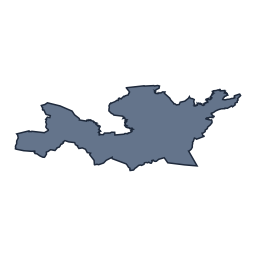 Bunkas pag., Priekules, Latvia (Robinson projection)
{"feature_id": "27541924B56960431144298", "entity_name": "Bunkas pag.", "entity_type": "district", "adm_level": 2, "iso_a3": "LVA", "parent_name": "Latvia", "parent_adm1": "Priekules", "projection": "robinson", "projection_center": [21.538, 56.525], "detail": "fine", "context": "isolated", "style": "filled", "palette": "slate", "viewbox_px": 256, "rotation_deg": 0, "n_neighbors": 0, "source": "geoboundaries", "source_scale": "gbopen_adm2", "svg_char_len": 5859}
<svg xmlns="http://www.w3.org/2000/svg" viewBox="0 0 256 256"><path d="M42.8,157.2L44.3,157.3L44.8,156.9L46.5,154.1L46.3,152.5L46.4,152.0L47.8,151.6L50.6,149.7L55.0,150.5L57.0,148.2L57.1,147.7L59.1,147.2L60.2,145.8L60.8,144.3L62.0,144.1L62.3,143.3L63.3,143.1L63.5,142.5L63.2,142.0L64.9,140.6L68.8,141.9L74.7,142.6L75.4,144.7L77.4,145.7L77.2,145.9L78.9,148.5L82.3,147.9L85.8,149.4L85.6,149.4L87.3,152.6L90.6,153.2L89.7,154.7L94.1,160.4L94.4,164.6L94.6,164.8L97.0,164.3L98.6,164.7L103.6,163.0L106.2,160.3L112.1,157.3L112.1,158.5L112.3,158.7L126.0,163.8L126.9,164.7L128.6,167.4L129.9,168.2L130.0,169.2L129.8,169.5L130.1,170.5L131.1,170.4L133.6,170.0L135.0,168.3L136.3,167.5L138.8,165.3L140.6,165.0L141.5,165.4L144.0,164.3L144.3,163.1L144.8,162.7L146.3,162.5L147.7,162.8L148.8,162.2L150.2,163.1L151.1,163.2L151.4,163.1L152.2,161.5L151.8,160.6L152.0,160.4L153.5,160.2L153.9,161.0L155.1,161.4L156.4,161.2L158.7,159.3L164.2,157.7L167.8,162.8L184.9,164.9L197.1,165.9L188.6,151.1L189.2,151.0L191.3,149.1L192.3,147.2L192.3,145.3L192.7,143.4L192.5,142.2L193.2,141.6L194.4,138.1L195.8,138.6L196.5,139.2L204.0,136.4L203.8,135.8L202.8,135.5L202.1,133.3L202.7,133.3L205.1,131.6L205.2,130.1L207.1,128.8L207.0,128.6L207.5,128.0L207.6,127.1L210.2,125.0L212.0,122.7L212.0,121.1L211.6,120.0L211.4,120.2L209.0,119.7L206.0,119.0L205.9,118.6L206.9,117.9L208.1,117.8L208.7,118.1L209.0,117.6L209.9,117.3L211.8,117.5L211.6,117.3L211.8,117.1L212.4,117.5L212.9,117.6L213.6,116.7L214.1,116.6L214.1,116.3L212.5,115.6L212.5,115.2L211.6,114.5L211.8,114.0L211.2,113.7L211.3,113.2L213.5,112.5L215.5,111.0L218.4,109.7L221.4,108.8L224.7,108.7L224.7,108.3L225.4,108.1L227.4,108.3L231.5,106.0L232.0,106.1L232.5,106.8L235.2,104.8L234.9,104.3L235.2,103.0L237.2,102.3L237.2,100.9L238.1,100.0L237.6,98.7L240.6,95.6L239.8,94.2L239.4,94.1L234.4,95.8L234.3,96.1L234.6,97.0L234.3,97.2L234.7,97.8L233.0,98.5L231.9,98.4L229.3,99.2L227.3,99.3L225.0,99.9L222.7,99.5L223.2,98.2L224.1,97.4L224.4,96.5L225.8,96.1L226.8,95.3L227.8,95.1L227.7,94.9L227.1,94.2L227.2,93.6L224.8,93.0L225.6,92.5L224.9,92.3L225.3,91.8L224.7,91.2L224.9,91.0L224.3,90.9L224.4,90.5L220.1,90.9L219.8,90.5L220.5,90.2L220.2,89.8L219.7,89.9L220.0,89.5L219.9,89.4L219.3,89.9L218.0,89.9L216.2,90.5L213.5,90.8L213.5,91.1L212.3,91.4L212.4,91.8L213.2,92.3L213.0,92.7L213.7,93.1L212.4,93.6L212.7,94.3L211.9,94.5L211.7,94.8L211.9,95.2L210.4,96.7L210.4,97.0L211.3,97.5L210.8,97.7L211.5,98.1L210.5,98.7L210.7,99.0L209.8,99.2L210.3,99.5L210.0,99.7L208.8,99.5L209.0,99.2L208.8,98.8L207.6,98.9L207.8,98.6L206.1,99.2L205.8,99.8L207.0,100.0L206.7,100.5L206.9,100.7L206.5,100.8L207.4,100.9L208.0,101.8L208.4,101.7L207.1,102.1L207.3,102.4L206.2,102.4L206.1,102.9L205.2,102.8L204.8,103.1L204.9,103.4L204.3,103.4L204.3,103.9L203.7,104.0L204.0,104.5L203.8,104.9L204.0,105.0L203.1,105.5L202.2,105.1L201.7,104.0L201.1,104.4L200.1,104.0L200.7,103.6L200.2,103.2L199.4,103.4L199.9,103.8L199.4,103.9L198.6,103.1L197.7,103.6L197.3,103.3L197.5,104.4L197.0,104.7L197.3,105.0L197.1,105.3L195.4,105.5L195.5,105.9L194.5,105.9L194.7,105.5L195.2,105.4L194.0,105.0L194.6,104.5L193.7,101.8L194.2,99.5L192.3,98.6L191.0,98.5L189.7,97.7L189.4,96.7L188.3,98.4L184.7,101.2L180.2,102.2L179.2,104.5L176.4,104.9L174.9,103.8L173.8,103.8L173.6,103.1L170.8,100.1L169.8,98.2L164.4,93.3L165.0,92.0L162.6,91.9L161.0,92.9L159.4,92.9L158.2,93.5L158.0,93.0L157.6,93.5L155.9,93.5L154.9,92.8L155.3,92.5L154.9,92.2L155.1,91.8L154.8,91.6L155.5,91.2L155.0,90.7L155.4,90.8L156.2,89.6L159.0,88.3L159.5,86.0L157.7,85.5L154.4,86.0L153.9,85.6L144.2,86.1L144.1,85.8L126.8,87.7L126.9,88.0L126.5,88.1L129.6,92.0L128.8,93.2L128.9,93.4L128.7,93.5L128.2,94.9L125.2,95.8L124.3,96.6L123.8,96.3L122.3,97.6L121.2,98.9L119.4,98.1L118.9,98.3L119.0,98.5L118.6,98.7L118.9,99.1L118.0,99.9L118.1,100.4L116.9,100.3L114.9,101.7L111.6,103.0L110.8,103.0L110.8,103.5L110.0,103.7L109.0,105.8L109.3,107.8L109.0,108.7L108.9,110.9L111.4,113.4L112.7,113.9L113.9,115.1L122.8,116.2L123.5,117.6L123.0,118.5L124.4,118.1L124.1,117.7L124.3,117.4L124.6,117.6L125.2,119.5L126.7,119.7L125.5,120.6L126.8,121.0L126.5,121.8L126.1,122.0L125.3,121.5L124.7,122.2L124.8,122.6L125.4,122.6L125.0,123.7L125.4,123.8L125.6,124.4L125.5,125.1L124.7,125.3L124.9,125.7L126.2,125.7L125.4,126.2L126.2,127.3L127.4,127.6L127.2,127.2L127.6,127.1L128.2,127.9L129.0,127.6L129.6,128.2L130.6,128.4L130.1,128.8L130.4,129.0L130.9,129.0L130.9,128.6L131.7,128.8L131.3,128.3L132.0,128.1L132.4,128.6L132.0,129.2L133.0,129.4L130.8,130.7L131.1,131.1L131.9,131.0L132.0,131.3L131.8,131.6L129.4,132.9L128.3,132.9L128.3,133.2L127.7,133.7L125.0,133.5L124.0,134.2L114.9,135.0L114.7,132.3L111.6,132.2L110.0,133.0L104.4,133.1L103.4,134.6L100.2,134.6L99.2,135.0L99.1,134.8L99.8,134.2L99.8,133.8L99.2,133.4L99.4,132.8L98.6,132.4L99.2,132.0L99.1,131.3L100.6,131.2L100.3,130.7L99.8,130.6L99.4,129.7L98.8,129.4L99.3,128.9L99.3,127.6L100.1,126.9L100.1,126.3L98.8,126.2L99.0,125.6L98.8,125.5L98.4,126.0L97.8,126.0L97.4,125.6L97.6,125.2L96.1,124.5L96.0,124.2L96.3,124.0L95.9,124.0L95.8,123.6L96.1,123.6L96.4,123.0L95.6,123.1L95.6,122.8L94.9,122.5L94.0,122.6L93.8,122.3L93.9,121.7L93.5,121.7L93.1,121.0L92.2,121.0L91.6,120.5L90.7,120.6L90.6,120.3L90.9,120.1L90.7,119.9L89.6,119.9L89.5,120.3L88.9,120.4L88.2,119.8L88.0,120.2L87.4,120.2L87.6,120.5L86.7,120.4L86.5,121.1L79.4,120.0L79.6,119.5L79.1,118.4L74.5,114.8L72.1,111.1L60.0,105.9L47.4,102.8L44.9,104.5L41.3,105.5L42.0,107.0L42.6,107.6L42.5,109.6L42.9,110.1L43.8,110.0L46.0,114.4L50.3,115.6L49.8,117.6L47.4,117.2L45.8,119.3L46.5,119.5L45.7,122.0L46.6,124.1L45.8,127.0L46.9,128.6L48.2,129.5L48.2,130.5L44.3,132.7L31.8,131.3L31.6,131.6L28.9,131.6L28.9,130.9L16.7,133.9L17.7,135.2L18.2,138.0L16.7,141.0L16.6,144.0L15.7,145.4L15.4,146.9L15.7,147.4L15.4,148.8L16.3,149.2L23.7,150.7L31.5,151.3L34.7,151.1L34.8,151.7L34.1,151.8L34.1,152.0L35.0,153.5L37.1,153.9L39.9,155.9L42.8,157.2Z" fill="#64748b" stroke="#1e293b" stroke-width="1.5"/></svg>